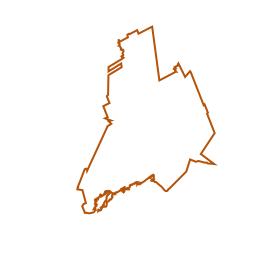 the district of Padilla, Tamaulipas, Mexico, rotated 56°
{"feature_id": "50627088B25570843702160", "entity_name": "Padilla", "entity_type": "district", "adm_level": 2, "iso_a3": "MEX", "parent_name": "Mexico", "parent_adm1": "Tamaulipas", "projection": "equal_earth", "projection_center": [-98.825, 23.979], "detail": "fine", "context": "isolated", "style": "outline", "palette": "amber", "viewbox_px": 256, "rotation_deg": 56, "n_neighbors": 0, "source": "geoboundaries", "source_scale": "gbopen_adm2", "svg_char_len": 5822}
<svg xmlns="http://www.w3.org/2000/svg" viewBox="0 0 256 256"><g transform="rotate(56 128 128)"><path d="M57.5,51.3L55.7,66.5L52.0,65.7L51.1,74.3L50.5,74.4L50.3,76.4L52.8,77.4L51.8,86.9L50.0,86.4L49.9,86.6L51.0,87.3L51.7,87.2L51.7,88.2L52.0,88.3L52.0,88.0L52.6,87.7L53.2,87.8L53.7,88.1L53.7,88.3L54.1,88.4L54.5,88.7L54.7,89.5L55.2,88.8L55.6,88.9L56.0,89.1L58.1,89.1L58.5,89.4L58.7,90.0L59.0,90.1L59.4,90.0L59.7,89.7L60.1,88.5L60.7,88.3L62.2,89.1L62.6,90.1L63.0,90.8L63.7,91.0L64.4,90.9L65.1,91.3L65.3,92.0L64.9,92.8L65.0,93.4L65.4,93.4L65.6,92.5L66.6,92.8L67.3,92.5L67.3,95.2L66.6,110.0L70.2,112.5L70.7,97.6L74.0,99.2L73.3,114.7L89.4,126.0L89.8,127.8L97.0,129.4L96.1,136.3L107.6,138.8L107.2,141.6L112.3,137.9L111.4,140.3L115.2,139.5L115.1,144.1L115.3,144.2L116.5,146.2L140.6,185.8L139.8,185.4L138.3,185.5L138.2,185.7L138.0,186.8L138.2,187.0L138.2,187.3L145.3,197.4L148.8,202.6L149.1,202.4L150.5,204.3L154.0,200.5L166.7,204.9L166.2,207.3L166.7,208.7L167.1,209.0L167.3,209.3L167.3,209.7L174.2,211.2L174.6,210.3L174.8,210.4L175.7,209.3L177.2,207.7L178.7,203.7L177.9,201.1L177.6,201.2L177.4,201.2L177.3,200.9L177.6,200.6L177.3,200.5L176.5,200.8L176.1,201.7L175.9,201.3L176.6,200.2L174.8,199.0L174.4,198.2L174.9,197.8L174.9,197.6L174.5,197.5L174.4,198.0L174.2,197.5L174.0,198.1L173.7,198.1L173.2,197.6L173.3,197.0L173.2,197.0L172.9,197.3L172.6,197.1L172.5,197.4L172.6,197.7L172.4,197.8L171.9,196.9L171.8,197.1L171.1,196.6L170.7,196.0L170.8,195.5L171.5,195.4L171.3,195.4L171.2,195.1L170.8,195.1L170.5,194.8L170.0,194.9L169.8,195.6L169.6,195.8L169.2,195.8L168.9,195.4L168.9,194.8L169.1,194.1L168.9,193.5L169.0,193.2L170.3,193.2L170.5,192.9L170.1,192.3L169.7,192.6L169.1,191.7L169.1,190.6L168.9,190.1L168.9,189.7L168.6,189.3L168.5,188.7L167.9,188.5L167.7,188.2L167.8,187.9L168.2,187.7L168.5,187.7L169.5,188.6L169.6,188.2L169.9,188.3L169.9,187.2L169.9,186.7L169.0,183.9L169.6,183.7L170.0,184.1L170.0,183.2L169.6,183.3L169.5,183.2L169.7,182.9L169.0,182.9L168.7,183.2L168.3,183.1L167.8,182.3L167.9,181.8L168.2,181.1L168.4,181.1L168.5,181.6L168.7,181.2L169.0,181.2L169.1,181.3L169.5,181.2L168.9,180.2L168.9,179.9L169.1,179.7L169.6,180.1L169.9,179.8L169.5,179.6L169.4,179.1L169.9,178.5L170.4,178.3L170.5,178.4L170.6,178.6L170.4,178.8L170.4,179.2L170.7,179.4L171.0,178.9L171.1,179.0L171.3,178.3L171.4,178.1L171.6,178.2L172.0,180.3L172.2,180.9L172.0,181.3L172.1,181.7L172.5,182.2L172.5,183.4L173.7,184.8L175.1,185.6L175.4,186.1L175.9,187.9L176.3,188.3L176.5,189.4L177.5,190.3L177.9,192.0L178.5,192.3L178.8,192.8L178.8,195.2L179.0,195.3L179.5,194.9L179.7,195.0L180.6,196.0L180.6,196.7L180.3,197.3L179.9,197.9L179.5,197.9L179.1,198.2L179.2,198.5L180.2,199.2L180.1,198.4L181.0,196.7L180.9,196.3L179.9,194.7L179.6,193.9L179.3,191.5L180.1,191.6L180.9,190.0L180.1,188.9L178.1,187.3L177.2,186.8L178.0,185.2L177.9,184.9L177.6,184.5L177.6,184.1L177.4,183.9L177.1,183.2L177.1,182.9L177.7,182.4L177.7,181.7L177.3,180.8L176.9,180.7L176.7,180.4L176.7,179.6L176.1,179.3L175.3,179.3L175.1,179.1L174.7,178.4L173.9,177.8L173.7,177.8L173.3,177.3L173.9,176.8L174.5,175.6L174.8,175.6L175.0,176.2L175.2,176.3L175.2,175.5L175.6,175.3L175.1,174.9L174.7,174.4L174.6,174.0L174.6,173.7L175.3,173.2L175.3,171.1L175.3,170.7L175.6,170.3L175.2,168.8L174.8,167.9L174.7,167.5L174.9,166.9L175.3,166.3L175.3,166.1L175.0,165.9L175.2,165.3L175.0,164.6L175.1,163.9L175.6,164.2L175.7,165.3L176.3,165.8L176.0,166.6L176.1,166.9L176.6,167.8L177.1,167.9L177.3,168.2L177.5,168.2L177.6,167.5L177.8,167.2L178.1,167.1L178.7,167.5L178.9,167.5L178.7,166.9L178.5,166.5L178.0,166.2L177.5,166.2L177.5,164.4L177.7,164.2L177.8,163.6L178.1,163.2L177.8,162.9L177.2,162.8L177.2,162.5L178.6,162.6L178.9,162.5L179.3,161.8L179.2,161.8L178.8,162.1L178.6,161.8L178.0,161.4L178.0,161.0L178.3,160.0L178.0,159.9L177.4,159.2L177.1,158.3L176.7,158.5L176.5,158.1L176.5,157.6L176.8,157.0L177.2,157.0L177.3,156.2L177.4,156.4L177.5,156.2L177.2,156.0L177.1,155.6L177.3,154.2L177.9,153.8L177.7,153.6L177.5,153.2L177.6,152.8L177.4,152.6L177.4,151.4L177.6,151.2L177.9,151.4L177.9,151.0L178.1,150.6L178.2,150.9L178.8,151.7L179.0,151.6L179.1,151.9L179.1,151.4L179.4,151.6L179.3,151.4L179.8,151.3L179.8,151.0L180.4,151.1L180.5,151.0L180.4,150.7L180.6,150.6L180.6,150.4L180.3,150.0L180.1,149.0L180.1,148.5L180.3,148.4L181.1,148.8L181.3,148.9L181.3,148.7L181.0,147.5L181.1,146.8L181.3,146.6L181.2,145.4L181.3,143.7L181.1,142.6L180.9,139.1L181.2,138.8L181.5,139.1L181.8,139.0L181.6,139.0L181.4,138.4L181.0,138.4L180.8,138.2L180.8,136.9L181.4,136.6L181.4,136.4L181.0,136.5L180.7,136.2L180.8,135.7L181.4,135.3L181.0,135.4L180.7,135.2L180.8,133.6L181.1,133.7L181.1,133.2L181.7,133.0L182.0,133.3L182.1,133.6L182.2,133.4L182.5,133.6L182.5,134.0L182.8,133.8L183.0,133.9L184.5,135.1L184.7,135.4L184.7,135.8L184.0,136.7L184.5,136.6L184.6,137.6L184.9,137.4L185.4,137.6L185.5,137.5L185.0,136.7L185.0,136.3L185.2,136.0L185.3,136.5L185.5,136.0L185.8,135.9L186.3,136.1L187.7,136.1L187.9,135.5L189.6,134.6L191.3,134.3L195.6,133.0L200.3,132.5L201.4,131.9L202.0,130.9L202.1,130.3L201.2,128.6L201.4,127.7L196.7,104.0L188.8,94.1L193.9,90.6L194.3,89.7L194.6,88.4L195.0,87.8L199.8,83.6L200.5,82.3L200.9,81.9L201.8,81.8L202.2,81.6L203.2,80.0L206.1,76.7L190.3,82.2L180.7,59.0L160.2,54.4L160.0,53.2L151.2,51.3L151.4,52.5L117.0,44.8L115.6,44.8L117.6,52.1L102.7,50.1L102.8,50.3L103.0,50.3L103.0,50.6L103.5,50.7L103.5,50.9L103.4,51.0L103.6,51.1L103.6,51.4L103.8,51.4L103.8,52.2L104.0,52.3L104.1,52.2L104.0,53.5L103.6,54.1L103.9,54.6L103.7,55.1L104.0,55.1L104.2,55.7L104.3,55.5L104.6,55.7L104.5,56.0L104.7,56.4L105.0,56.2L104.8,55.9L105.0,55.7L105.1,55.9L105.4,55.7L105.4,56.2L105.5,56.1L105.5,56.6L106.1,56.4L106.3,56.6L106.6,56.5L106.7,56.8L107.0,56.9L107.3,56.7L107.4,56.8L107.2,57.0L107.3,57.1L107.8,57.0L107.6,57.2L107.6,57.4L107.8,57.6L108.0,57.4L108.0,58.0L106.1,75.4L57.5,51.3Z" fill="none" stroke="#b45309" stroke-width="2"/></g></svg>